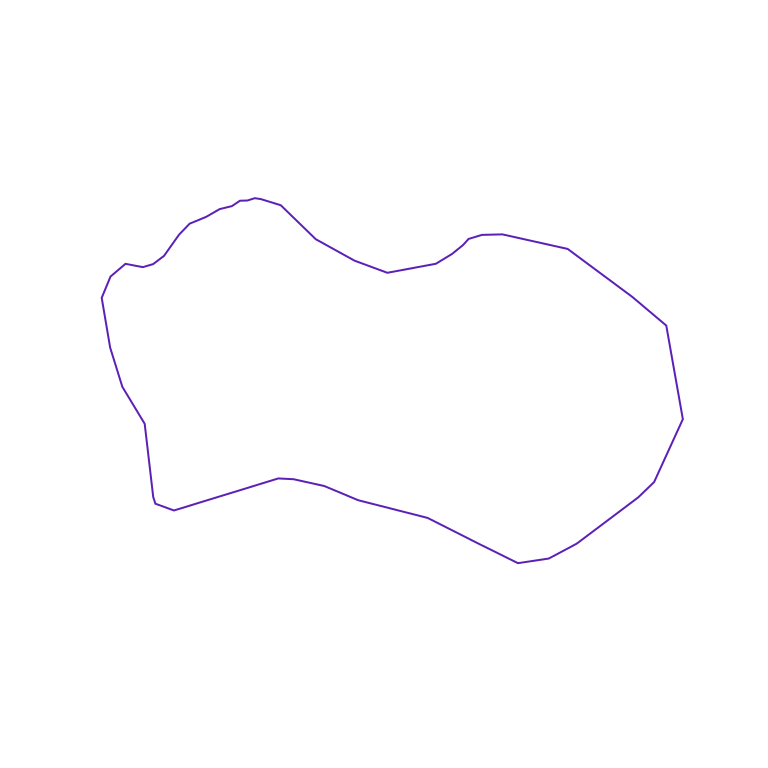 map outline of Semic (orthographic projection), rotated 198°
{"feature_id": "SVN-984", "entity_name": "Semic", "entity_type": "Municipality", "adm_level": 1, "iso_a3": "SVN", "parent_name": "Slovenia", "parent_adm1": "", "projection": "orthographic", "projection_center": [15.185, 45.649], "detail": "fine", "context": "isolated", "style": "outline", "palette": "violet", "viewbox_px": 768, "rotation_deg": 198, "n_neighbors": 0, "source": "natural_earth", "source_scale": "10m", "svg_char_len": 728}
<svg xmlns="http://www.w3.org/2000/svg" viewBox="0 0 768 768"><g transform="rotate(198 384 384)"><path d="M409.3,268.5L440.6,265.5L455.4,261.5L544.7,198.8L564.4,199.5L568.5,205.1L599.3,272.2L632.0,300.5L655.7,334.0L679.1,378.7L677.3,401.7L667.0,418.4L649.5,420.6L640.6,426.7L632.8,437.9L625.1,462.6L618.4,476.4L604.7,488.1L594.3,499.6L583.6,506.2L577.6,513.8L570.6,516.3L564.3,520.8L558.2,521.8L537.4,522.1L493.6,500.6L450.2,492.2L415.2,490.8L371.8,514.4L359.5,528.7L351.7,540.7L348.4,548.1L336.9,556.1L317.6,562.9L251.0,569.2L174.9,543.6L133.6,526.8L88.9,442.9L96.8,374.2L107.2,354.7L151.4,291.7L173.4,268.9L201.3,255.0L245.0,261.4L301.1,270.1L372.6,265.5L409.3,268.5Z" fill="none" stroke="#5b21b6" stroke-width="2"/></g></svg>